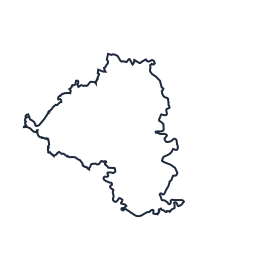 the district of Tepehuacán de Guerrero, Hidalgo, Mexico, rotated 127°
{"feature_id": "50627088B76659971388370", "entity_name": "Tepehuacán de Guerrero", "entity_type": "district", "adm_level": 2, "iso_a3": "MEX", "parent_name": "Mexico", "parent_adm1": "Hidalgo", "projection": "natural_earth1", "projection_center": [-98.818, 21.069], "detail": "fine", "context": "isolated", "style": "outline", "palette": "slate", "viewbox_px": 256, "rotation_deg": 127, "n_neighbors": 0, "source": "geoboundaries", "source_scale": "gbopen_adm2", "svg_char_len": 5885}
<svg xmlns="http://www.w3.org/2000/svg" viewBox="0 0 256 256"><g transform="rotate(127 128 128)"><path d="M60.4,145.5L60.3,145.9L59.6,146.3L58.9,147.6L58.9,148.6L59.3,149.8L62.0,151.1L62.7,151.7L62.9,152.1L63.0,153.6L62.5,155.0L66.4,156.7L68.8,157.4L69.2,157.8L69.9,163.9L71.8,162.7L74.5,162.5L74.2,163.7L73.2,165.3L72.0,168.3L72.2,168.5L74.2,168.9L76.0,168.8L76.5,169.2L76.9,170.7L77.5,171.4L77.8,172.3L78.8,173.1L78.9,174.2L78.7,174.8L76.9,179.2L76.8,180.6L77.5,183.1L78.4,184.6L79.5,185.1L80.8,188.5L86.0,186.2L86.6,184.4L87.6,183.5L88.4,183.1L90.9,183.0L91.5,183.2L92.5,182.7L93.5,182.8L94.4,183.3L95.5,182.1L96.6,179.9L98.0,182.0L99.3,186.9L102.5,185.1L102.3,183.7L102.8,183.2L106.1,182.6L106.7,182.4L106.9,181.8L107.3,181.6L108.0,182.0L108.9,181.8L109.0,181.5L109.7,181.7L110.6,181.4L111.7,180.5L111.4,181.4L111.5,182.5L113.4,185.4L114.0,185.8L117.0,186.0L117.6,185.9L119.3,186.3L119.9,187.8L121.2,188.8L121.5,190.2L122.1,191.3L125.0,192.3L124.0,194.1L121.7,195.0L120.6,195.9L120.6,196.9L121.5,197.9L121.8,197.9L122.5,197.4L123.8,196.9L124.6,196.1L125.8,196.8L126.7,197.1L127.0,197.4L127.2,198.2L128.0,198.1L128.3,198.2L129.1,197.7L129.7,197.6L131.5,197.9L132.2,198.2L132.4,197.0L132.8,196.1L135.0,195.1L135.4,196.1L136.9,197.7L137.2,198.4L138.4,199.6L139.7,200.3L140.1,201.0L141.0,201.2L142.8,201.2L143.0,201.8L145.1,202.2L146.4,201.8L147.1,200.8L145.7,199.5L145.9,198.3L147.4,196.9L148.5,197.7L150.1,198.2L152.2,198.3L152.5,198.6L153.0,199.7L156.4,200.5L158.4,200.3L160.3,200.6L160.7,200.5L161.8,201.1L162.2,200.6L162.9,201.2L163.8,200.4L164.0,200.8L164.4,200.9L165.7,200.6L171.3,200.3L179.1,200.7L180.0,201.1L181.6,202.4L181.8,203.1L181.4,203.8L180.8,204.3L179.7,206.5L179.7,209.3L180.1,211.2L179.8,212.0L178.5,213.5L177.6,215.5L177.2,215.9L178.6,217.0L179.0,216.8L180.2,216.9L180.6,216.6L180.3,215.8L180.3,215.1L181.4,215.8L182.8,215.5L184.0,214.7L184.4,213.4L184.9,213.8L186.2,213.1L187.2,210.9L187.9,211.6L189.2,211.6L189.7,211.9L190.0,211.7L188.1,209.5L187.4,207.1L187.2,205.6L187.7,202.0L187.5,200.6L186.7,199.0L184.5,199.3L184.1,198.9L185.9,198.1L187.3,196.3L188.1,194.8L188.3,193.1L187.8,191.8L187.5,191.7L187.2,190.6L187.5,190.4L186.8,189.7L186.5,188.8L186.6,188.2L185.9,187.0L185.3,187.1L185.2,186.8L185.7,186.7L185.7,185.8L184.9,185.2L185.8,183.9L188.3,181.4L189.3,180.8L190.8,180.8L191.5,180.3L191.3,179.6L192.2,179.5L192.3,179.8L192.9,179.4L193.6,178.6L194.2,178.4L194.4,177.7L195.5,177.0L195.5,176.6L194.5,175.9L194.6,175.2L194.4,175.1L194.9,174.0L194.7,173.1L195.0,172.6L194.7,172.0L194.9,171.7L195.1,170.2L194.4,170.4L192.3,169.3L190.9,169.2L190.6,169.4L188.5,168.6L188.6,165.4L187.7,164.6L187.4,163.9L187.3,163.0L187.4,159.5L186.7,159.5L186.6,157.6L186.4,157.0L185.5,155.9L184.9,155.4L183.1,152.4L183.3,151.2L183.0,149.9L183.1,148.8L182.6,147.0L183.6,143.3L184.5,142.1L184.7,141.4L185.2,141.4L185.3,140.7L185.0,139.7L184.9,138.6L184.4,138.1L184.1,136.9L184.1,136.6L184.7,136.1L184.5,134.2L183.8,134.8L182.8,134.7L179.1,135.5L178.5,135.3L177.1,133.7L176.6,133.3L175.9,132.3L175.9,131.3L175.4,130.4L174.4,129.5L170.5,129.5L169.8,128.3L170.0,127.9L169.9,127.3L168.3,126.4L168.0,125.8L168.0,125.4L168.5,124.8L169.8,125.1L170.9,124.6L171.0,121.6L171.6,119.8L168.1,114.7L168.1,114.4L170.0,112.2L170.8,111.9L172.9,112.7L173.8,114.9L175.4,117.1L175.8,117.4L176.6,117.3L177.8,115.2L178.9,114.9L179.6,115.4L180.8,117.3L181.7,117.6L182.9,117.3L183.5,116.5L183.7,115.6L183.6,113.7L182.8,110.2L181.9,108.5L181.8,108.2L182.1,107.4L182.9,106.7L183.5,106.7L184.2,107.2L185.7,107.1L186.3,105.9L186.4,104.2L186.1,102.9L186.3,102.3L188.4,101.6L191.2,98.3L193.7,97.4L194.7,96.3L194.9,94.7L194.4,93.3L192.8,92.8L189.5,92.9L189.0,92.3L188.7,91.0L188.6,89.6L188.8,89.2L189.9,88.6L191.9,88.6L192.2,88.4L192.4,87.9L190.8,83.9L191.3,82.4L194.1,83.0L195.9,84.8L196.6,84.6L197.1,83.8L196.9,82.6L196.7,82.3L194.6,81.8L194.2,80.8L194.0,79.2L193.5,70.2L193.2,68.3L192.0,66.4L190.0,64.7L184.3,62.4L183.1,61.5L181.9,60.2L180.2,60.2L178.5,59.1L178.5,58.1L178.8,57.8L181.0,56.4L180.5,54.7L179.4,53.3L179.2,52.6L178.4,53.0L178.2,52.5L177.3,52.4L176.2,53.0L176.0,52.8L175.7,52.8L175.4,53.7L174.5,54.3L174.2,54.2L173.5,53.4L172.6,53.3L172.5,53.1L173.0,52.5L173.0,52.1L172.3,49.5L172.3,47.1L171.9,46.7L170.7,46.8L170.1,45.7L169.4,45.1L169.7,44.2L166.6,44.0L164.1,42.8L163.7,42.7L161.3,44.6L160.1,46.1L159.4,46.1L158.6,45.0L158.7,44.0L160.2,41.2L159.7,40.4L157.4,39.2L153.2,39.0L152.8,40.1L153.2,41.7L157.1,46.9L159.0,49.9L159.8,50.1L160.6,50.0L161.8,48.9L162.6,48.7L163.8,48.9L164.1,49.3L164.2,50.6L163.7,51.5L163.6,52.3L163.8,54.8L164.0,55.7L165.0,57.2L165.1,57.9L163.0,60.8L162.5,62.1L161.8,62.8L160.8,62.7L160.2,61.9L160.2,60.4L159.9,59.9L158.7,59.4L154.5,60.3L149.8,60.8L148.0,61.6L147.1,61.7L145.7,62.6L143.7,62.0L139.1,63.3L137.2,61.2L136.5,61.0L134.1,61.6L131.5,66.6L131.7,71.9L133.5,78.4L133.8,80.9L133.4,81.3L131.8,81.9L129.7,82.2L129.1,82.0L125.8,80.1L123.5,79.1L120.8,78.8L117.6,79.4L116.7,76.6L116.1,75.9L114.7,75.9L113.0,76.8L111.9,78.2L111.4,79.1L108.6,81.8L108.2,83.1L108.5,84.3L108.9,84.8L112.8,85.8L114.8,87.3L115.6,88.3L116.1,89.4L115.1,91.9L114.1,92.6L112.5,92.3L110.8,92.3L110.5,92.5L110.2,93.5L110.8,95.5L112.6,97.5L113.4,98.8L114.3,102.0L114.6,102.6L115.0,103.0L114.5,103.5L113.8,103.4L110.5,99.2L109.2,98.4L108.5,98.4L107.9,98.5L103.6,102.0L103.2,105.1L103.5,107.1L103.1,107.9L102.3,108.4L99.8,108.9L98.3,109.5L97.3,109.6L97.0,109.5L96.4,107.7L95.4,105.9L94.8,105.4L93.8,105.2L93.0,105.7L91.1,107.9L90.4,108.4L89.9,108.5L89.1,108.3L87.2,107.1L86.8,107.1L86.3,107.5L84.9,109.8L82.9,111.3L81.3,113.1L80.7,113.3L80.4,114.9L81.2,116.7L81.3,118.0L81.0,119.5L80.0,121.3L78.3,123.1L77.9,123.3L77.2,123.0L76.4,123.1L75.2,123.5L75.3,124.9L74.9,126.3L74.1,126.8L72.3,129.5L71.7,129.9L71.1,130.8L70.2,136.2L70.4,140.9L70.2,142.3L69.3,144.7L67.4,145.9L66.7,146.1L64.4,148.1L63.8,147.8L62.5,147.7L62.4,146.6L61.9,145.8L60.4,145.5Z" fill="none" stroke="#1e293b" stroke-width="2"/></g></svg>